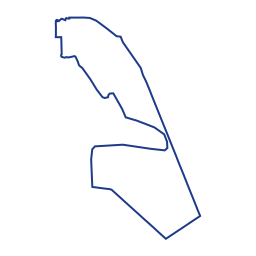 Um Bada, Khartoum, Sudan (Natural Earth projection), rotated 179°
{"feature_id": "16777658B32712127220798", "entity_name": "Um Bada", "entity_type": "district", "adm_level": 2, "iso_a3": "SDN", "parent_name": "Sudan", "parent_adm1": "Khartoum", "projection": "natural_earth1", "projection_center": [32.183, 16.117], "detail": "fine", "context": "isolated", "style": "outline", "palette": "blue", "viewbox_px": 256, "rotation_deg": 179, "n_neighbors": 0, "source": "geoboundaries", "source_scale": "gbopen_adm2", "svg_char_len": 1735}
<svg xmlns="http://www.w3.org/2000/svg" viewBox="0 0 256 256"><g transform="rotate(179 128 128)"><path d="M57.4,38.8L58.7,42.1L59.7,44.6L60.8,47.6L63.1,53.7L65.3,59.5L65.5,59.9L70.2,72.2L70.2,72.3L73.1,80.0L78.4,93.7L80.7,100.0L87.1,116.7L89.4,122.8L95.1,137.6L97.5,143.9L103.5,159.6L105.5,165.1L107.2,169.4L109.0,174.0L112.1,180.6L114.2,187.8L119.0,195.0L128.4,209.0L131.6,213.8L131.8,214.2L133.6,219.0L133.8,219.4L134.3,219.5L137.9,220.0L140.1,221.9L144.2,225.2L148.0,228.3L157.9,235.9L163.8,238.5L164.3,238.7L170.6,239.2L184.7,239.4L184.7,238.5L185.6,238.5L186.3,238.5L187.1,238.7L187.8,239.0L188.2,238.6L188.6,237.5L188.8,236.9L190.4,237.6L191.3,238.0L192.6,238.4L193.4,237.7L194.4,236.9L195.2,236.1L196.6,236.0L196.6,237.2L197.4,237.3L197.9,236.9L198.3,236.3L198.4,233.1L198.3,230.1L198.3,228.8L198.4,227.2L198.4,225.8L198.4,224.9L198.5,222.4L198.5,220.8L198.6,220.1L197.4,220.1L196.7,220.0L195.8,220.0L194.1,220.0L193.2,220.0L193.1,217.0L193.1,213.8L193.0,202.9L193.4,202.5L193.6,201.8L193.5,200.9L193.1,200.3L191.3,199.7L190.3,199.5L189.3,199.6L188.7,199.9L187.9,199.9L186.9,199.6L186.2,199.6L180.1,200.8L179.2,200.1L177.2,195.7L175.9,191.7L174.7,190.4L172.7,188.9L164.8,177.4L158.6,166.9L152.9,159.2L150.7,158.4L147.5,159.1L146.9,161.5L145.5,162.8L142.1,162.9L133.5,147.1L130.1,138.7L119.0,135.2L101.5,128.1L91.9,121.0L89.2,113.6L89.0,107.3L91.7,105.0L106.3,106.9L133.5,111.4L161.4,110.2L164.1,107.3L165.4,97.2L164.7,70.0L164.7,69.7L164.4,69.6L163.4,69.5L160.8,69.1L160.6,69.1L160.0,69.0L158.1,68.7L152.6,67.9L146.9,67.1L145.4,66.5L130.8,52.8L117.4,40.3L114.9,37.9L111.2,34.5L104.5,28.3L101.3,25.2L95.9,20.1L92.1,16.6L91.4,17.0L73.7,28.3L63.2,35.1L57.6,38.6L57.4,38.8Z" fill="none" stroke="#1e3a8a" stroke-width="2"/></g></svg>